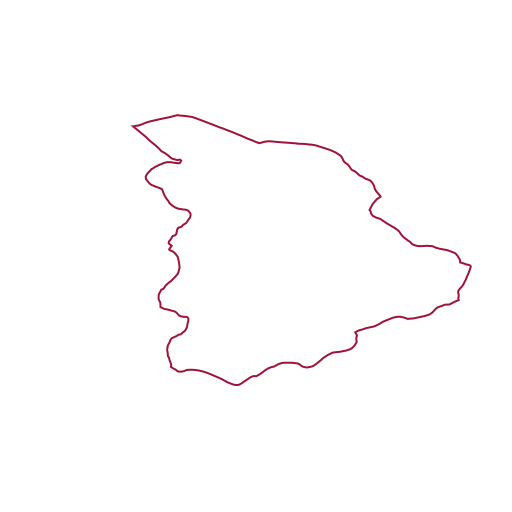 outline of Pakpak Bharat, Sumatera Utara, Indonesia, rotated 133°
{"feature_id": "22746128B12751431115951", "entity_name": "Pakpak Bharat", "entity_type": "district", "adm_level": 2, "iso_a3": "IDN", "parent_name": "Indonesia", "parent_adm1": "Sumatera Utara", "projection": "mercator", "projection_center": [98.235, 2.53], "detail": "fine", "context": "isolated", "style": "outline", "palette": "rose", "viewbox_px": 512, "rotation_deg": 133, "n_neighbors": 0, "source": "geoboundaries", "source_scale": "gbopen_adm2", "svg_char_len": 6033}
<svg xmlns="http://www.w3.org/2000/svg" viewBox="0 0 512 512"><g transform="rotate(133 256 256)"><path d="M205.6,408.0L206.1,409.1L209.1,411.2L212.7,413.4L221.3,419.5L229.7,425.2L232.9,427.1L238.0,429.5L241.1,431.2L243.1,433.0L243.3,433.1L244.1,433.3L245.0,434.3L245.0,433.9L244.9,432.0L244.3,422.6L244.0,417.5L244.1,412.7L243.9,408.4L243.6,405.0L243.6,400.2L243.9,396.8L242.9,392.9L242.8,392.0L242.5,390.1L242.3,387.8L242.4,385.7L241.9,383.5L240.6,381.0L239.6,379.1L238.3,378.1L237.2,377.1L237.3,375.7L239.6,375.1L241.0,375.8L242.1,377.3L243.9,379.8L245.3,382.0L247.6,384.7L249.5,386.0L250.7,386.8L252.1,387.4L253.4,387.9L255.9,389.2L257.4,389.6L258.4,390.0L259.5,390.5L262.1,391.1L263.9,391.7L266.4,391.6L269.3,391.7L270.4,391.5L272.3,391.1L273.3,390.7L274.8,388.8L275.5,383.7L275.5,381.9L275.3,380.9L274.3,378.1L272.6,374.1L271.9,372.6L271.6,371.5L271.3,370.7L271.4,369.9L271.8,369.0L273.1,366.4L274.0,364.6L274.7,362.2L275.2,360.5L275.5,357.9L276.0,356.3L276.3,355.7L276.3,352.8L276.0,350.3L275.5,347.8L275.0,346.6L274.6,345.5L273.6,343.9L271.5,340.8L270.0,338.9L269.2,337.1L269.1,336.2L269.4,333.7L270.1,332.3L271.0,331.5L272.6,330.6L275.3,330.2L278.6,329.7L279.9,329.6L281.3,330.1L282.7,330.4L284.1,330.6L284.9,330.3L286.3,330.8L287.7,331.8L288.2,332.1L289.4,332.0L291.1,331.3L294.1,329.4L295.1,329.2L296.3,329.4L297.6,330.2L298.4,330.5L301.5,329.9L302.5,329.6L304.7,329.6L306.1,328.7L306.3,328.2L306.2,326.0L306.0,324.7L308.2,324.3L309.4,324.3L310.4,324.0L310.6,323.3L309.3,319.4L309.3,317.2L309.4,315.8L309.7,314.3L310.0,312.8L310.2,312.3L313.6,307.4L316.9,303.7L322.0,301.1L326.2,300.9L332.2,301.1L335.9,301.7L339.1,301.9L343.4,301.3L345.1,302.3L350.4,300.9L353.8,298.1L355.5,294.0L358.5,291.0L357.4,287.3L355.3,283.9L353.8,281.0L352.6,278.7L351.8,277.2L351.7,275.0L351.9,273.2L352.0,271.5L351.2,269.5L349.6,267.2L349.2,266.7L348.1,265.6L347.6,264.4L347.7,263.1L347.9,262.9L348.3,262.4L349.1,261.6L351.0,260.5L351.4,260.4L354.0,258.7L354.7,258.2L357.1,257.3L358.7,257.0L360.1,257.0L361.7,257.4L364.0,257.5L365.1,257.9L365.7,258.5L366.6,259.0L368.5,259.4L372.2,261.0L373.8,261.5L375.4,261.4L378.6,260.2L380.7,259.7L382.3,259.1L383.9,257.8L384.4,257.6L385.1,257.1L386.3,255.6L387.3,254.2L388.3,253.3L389.3,252.0L389.8,250.0L390.7,248.9L391.2,248.0L391.6,247.2L392.3,245.7L393.1,244.3L393.2,244.0L394.2,243.1L395.1,242.7L394.7,240.2L394.3,238.4L393.9,237.4L393.8,234.9L393.1,233.4L391.8,232.1L390.3,230.8L389.0,230.0L386.8,229.0L385.4,227.9L382.8,225.2L380.9,222.8L378.9,220.0L376.5,215.8L374.4,211.1L372.5,205.9L371.0,201.9L369.4,197.1L367.8,190.7L365.4,184.7L363.7,182.3L361.8,180.6L358.7,179.6L355.6,179.0L353.4,178.5L351.4,178.0L349.0,177.5L346.8,176.6L345.5,175.9L344.5,174.8L343.7,173.8L341.2,173.0L338.3,172.2L335.8,171.8L332.9,171.3L329.7,170.4L328.3,169.7L326.7,168.9L324.4,167.3L322.1,166.6L320.5,166.2L317.4,164.6L315.5,163.2L313.4,161.1L309.3,156.6L307.6,154.2L306.2,152.3L305.8,151.2L305.5,150.0L305.4,147.8L304.9,146.1L303.8,144.1L302.6,142.5L299.5,140.3L298.0,139.4L296.4,138.9L294.3,138.4L292.3,138.1L287.9,137.5L285.1,137.3L281.6,136.5L278.9,135.8L274.8,134.2L274.0,133.8L271.1,131.3L269.3,129.7L267.2,128.1L265.7,127.1L263.9,125.7L260.0,123.6L258.1,123.0L256.1,122.8L254.0,122.9L250.3,123.7L247.5,126.9L246.3,127.3L245.1,128.2L244.5,130.2L244.3,131.1L244.0,131.4L243.0,131.0L241.9,130.6L240.1,129.9L238.8,129.2L237.3,128.1L233.9,126.4L231.6,124.8L229.2,123.2L227.8,122.1L225.9,121.1L223.1,120.0L220.8,119.2L218.3,118.6L216.5,117.9L214.2,116.8L208.2,114.0L206.1,112.7L204.1,111.2L203.4,110.5L202.1,109.1L201.6,108.5L199.7,105.1L198.6,102.2L193.9,98.0L190.3,95.5L185.3,92.0L180.8,89.4L178.1,88.6L175.9,88.5L172.0,88.5L170.6,88.4L169.3,87.9L167.0,86.7L162.6,84.5L161.2,83.1L159.6,81.5L156.9,80.5L155.6,80.1L153.2,79.2L152.4,78.8L150.0,77.7L149.8,78.2L149.0,79.1L147.9,79.9L147.3,80.3L146.5,81.0L145.9,81.5L145.5,82.3L145.0,83.1L144.1,83.9L143.0,84.4L141.9,84.5L140.0,84.6L138.6,84.6L137.3,84.6L135.1,85.1L133.4,85.5L132.2,86.0L131.2,86.1L129.1,86.9L126.8,87.8L124.5,88.5L120.5,90.2L118.2,91.2L117.3,91.7L116.9,92.4L117.1,93.5L117.4,94.4L118.3,95.7L118.9,96.8L119.2,97.8L120.1,99.5L120.9,101.2L121.5,102.3L120.1,103.7L119.7,104.3L119.2,105.7L118.9,107.2L118.5,108.4L118.2,110.5L118.1,111.5L118.1,111.9L118.3,112.8L118.6,113.7L119.7,116.4L120.7,118.9L121.6,120.6L124.6,125.3L125.8,127.2L126.6,128.9L127.1,129.8L127.3,130.2L127.9,131.8L128.1,132.8L128.9,134.2L131.3,137.1L132.5,138.5L134.6,140.4L136.6,142.4L137.8,143.7L138.6,144.8L139.7,146.8L139.7,147.1L140.5,148.8L140.8,149.8L140.9,150.1L140.6,152.2L140.7,153.8L141.1,155.5L141.1,156.7L141.4,158.4L141.6,161.0L141.5,162.4L141.3,164.4L141.0,165.9L140.5,167.5L140.4,169.1L140.5,170.7L140.7,172.7L141.4,175.9L142.1,179.1L142.6,181.2L143.0,182.9L143.1,183.8L144.2,190.6L146.0,194.4L147.0,197.9L146.7,199.5L146.3,201.2L145.4,202.1L144.9,204.4L138.5,206.1L132.2,206.4L127.7,205.3L127.4,206.0L126.6,212.7L125.6,215.4L124.2,217.4L123.3,220.1L122.9,222.9L123.1,224.6L124.9,229.0L125.1,230.4L125.4,232.3L126.4,235.0L126.5,236.6L126.5,239.0L126.5,240.7L127.6,244.5L127.5,246.0L126.6,249.9L126.5,251.3L126.9,254.3L126.9,255.9L126.5,257.5L125.9,258.8L125.0,261.4L125.1,263.6L125.5,265.7L125.8,267.4L126.0,268.5L126.3,269.3L126.5,269.9L127.5,272.9L128.2,274.7L129.4,277.2L130.5,279.7L130.2,279.4L131.4,281.5L131.5,281.7L132.0,283.1L132.6,284.0L133.4,285.7L133.4,285.8L133.7,286.5L134.3,287.6L136.1,290.5L138.0,293.0L138.1,292.9L139.3,294.8L141.2,297.3L144.5,301.0L146.0,302.9L145.9,303.0L146.4,303.8L147.6,305.0L147.8,305.3L148.8,306.7L150.5,308.8L153.8,312.8L156.5,316.2L158.6,318.9L160.2,321.0L162.2,323.5L163.9,325.5L167.0,327.9L170.1,329.8L171.3,330.6L171.8,331.8L171.7,331.9L172.2,332.7L172.9,334.5L173.7,336.8L175.8,342.0L177.0,345.5L178.2,348.9L179.3,351.8L179.5,352.1L180.5,355.2L182.2,359.4L184.4,364.8L185.5,367.7L186.8,370.6L188.3,374.3L189.4,377.2L189.6,377.8L189.8,378.1L193.0,386.0L195.7,392.6L197.1,395.8L197.5,396.5L197.5,396.8L198.1,397.9L198.9,399.0L200.2,400.9L201.1,402.1L201.5,402.8L205.6,408.0Z" fill="none" stroke="#9f1239" stroke-width="2"/></g></svg>